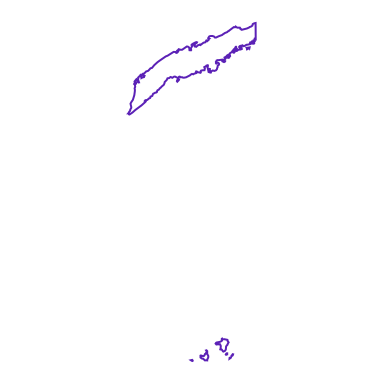 Roatan, Islas de la Bahía, Honduras
{"feature_id": "27666195B61672641857391", "entity_name": "Roatan", "entity_type": "district", "adm_level": 2, "iso_a3": "HND", "parent_name": "Honduras", "parent_adm1": "Islas de la Bahía", "projection": "mercator", "projection_center": [-86.506, 16.164], "detail": "fine", "context": "isolated", "style": "outline", "palette": "violet", "viewbox_px": 384, "rotation_deg": 0, "n_neighbors": 0, "source": "geoboundaries", "source_scale": "gbopen_adm2", "svg_char_len": 5740}
<svg xmlns="http://www.w3.org/2000/svg" viewBox="0 0 384 384"><path d="M255.6,23.0L254.3,23.3L253.0,23.9L252.7,24.2L252.4,25.6L250.8,26.7L249.7,27.0L249.1,27.5L246.9,28.5L241.7,29.8L241.3,29.6L241.1,29.1L240.3,28.8L240.2,28.1L239.9,27.7L237.5,27.7L236.6,27.3L235.6,26.5L234.9,27.3L233.8,27.1L229.0,30.7L228.8,31.0L228.0,31.3L227.2,32.1L224.7,33.1L224.0,33.7L223.6,33.8L222.1,35.0L218.6,36.3L216.1,37.5L214.9,37.5L214.0,36.5L212.5,36.0L210.8,36.0L209.5,36.3L209.2,36.5L208.2,38.1L208.2,38.3L209.2,38.7L208.6,39.1L208.7,39.8L208.4,40.1L207.2,41.1L206.7,40.4L206.4,40.4L205.3,42.3L203.5,42.7L200.5,45.0L200.0,44.5L199.1,45.0L198.2,45.1L196.2,46.8L195.6,46.5L195.0,46.6L194.6,46.1L194.8,45.5L194.5,44.3L195.4,43.8L196.7,42.8L197.0,42.3L196.6,42.1L195.7,42.3L193.3,43.5L191.7,44.6L191.6,44.8L192.7,45.2L191.0,48.1L190.9,48.8L191.2,50.0L191.0,50.3L189.5,50.2L189.3,48.3L189.0,47.4L187.8,46.6L186.8,46.5L182.2,49.7L180.8,49.8L178.7,49.2L178.1,50.0L177.3,50.6L177.6,50.9L178.5,50.8L177.8,52.0L177.1,52.7L176.6,52.9L176.1,52.8L175.9,52.5L175.7,52.0L173.6,51.9L167.6,55.7L165.8,56.4L159.7,60.6L157.5,62.2L154.2,65.2L152.0,67.9L150.5,68.3L148.4,70.6L147.8,71.0L146.2,71.4L144.2,73.5L143.0,73.7L142.7,74.0L142.6,74.4L143.3,75.2L143.7,75.6L144.5,75.8L144.0,77.1L142.4,77.5L141.5,78.0L141.5,76.0L140.8,74.7L140.6,74.8L140.4,75.1L140.8,75.9L140.7,76.3L140.3,76.5L139.4,76.3L138.1,77.6L138.3,78.7L138.0,79.1L138.0,79.5L139.0,82.4L138.5,82.5L137.6,81.9L137.5,81.3L137.0,80.5L136.9,79.8L136.4,79.2L134.6,81.4L134.5,81.7L134.6,81.9L135.9,82.5L136.1,83.5L135.9,83.8L135.5,84.1L134.7,83.7L134.3,83.7L134.1,84.0L134.9,84.9L135.2,86.8L134.6,88.3L134.9,89.8L134.8,91.6L134.3,95.2L132.9,99.8L131.4,102.0L130.5,103.7L131.3,107.2L131.2,108.0L130.3,109.5L130.1,110.8L129.3,111.6L128.8,112.7L128.3,113.3L128.5,113.3L128.9,114.3L129.5,114.5L132.5,112.5L135.3,110.0L141.7,105.2L144.4,102.8L145.5,101.8L145.9,101.2L145.9,100.9L145.0,100.7L145.4,100.2L147.1,100.0L147.8,99.5L149.0,98.4L150.1,98.0L150.4,97.3L150.5,96.6L152.3,95.9L152.9,94.2L153.2,93.7L154.2,93.3L155.1,92.7L156.0,92.6L156.8,92.2L157.0,91.8L156.9,91.5L157.5,90.3L159.0,89.5L159.7,88.4L160.9,87.5L161.6,86.6L163.7,84.9L164.4,83.5L164.7,82.0L166.7,80.0L167.5,78.3L169.1,78.1L170.5,77.0L171.5,77.3L172.0,77.7L172.3,77.8L174.0,76.7L174.5,76.6L175.1,76.6L177.6,77.9L178.2,77.8L179.0,76.8L179.7,76.6L180.0,76.7L180.5,77.3L182.1,77.2L183.1,77.7L184.0,77.7L186.1,77.3L187.7,76.5L189.9,75.4L190.6,74.7L192.0,73.9L193.3,74.3L194.1,73.7L196.2,73.1L196.3,72.6L195.9,72.0L196.2,71.4L197.0,71.6L197.7,72.3L199.1,72.3L199.9,72.7L200.5,72.8L200.8,72.4L200.8,70.9L201.1,70.6L202.5,70.3L204.5,70.2L204.9,68.6L204.3,67.3L204.3,67.0L205.8,66.4L206.4,65.6L207.7,65.2L207.9,65.3L207.9,66.2L207.3,66.8L207.6,67.7L208.2,68.7L209.9,69.0L209.9,70.3L210.6,71.3L211.2,71.4L212.7,70.5L214.4,70.9L216.0,70.3L216.9,69.2L217.1,68.2L217.6,67.1L217.6,66.1L217.8,65.5L218.9,64.8L219.1,64.2L219.0,63.6L218.4,62.9L216.8,62.4L216.6,62.5L216.5,63.5L216.3,63.6L216.1,63.5L215.9,63.0L216.0,62.4L215.9,61.8L216.4,61.2L216.6,60.5L217.6,60.1L219.1,60.1L222.5,59.6L224.4,60.1L225.5,58.6L224.6,58.0L224.5,57.5L226.2,56.6L226.9,55.6L228.5,54.6L229.5,54.2L230.2,53.0L231.7,52.2L232.5,50.9L233.3,50.1L233.6,49.5L235.0,48.3L235.4,47.3L235.8,46.8L236.0,46.8L236.2,48.2L236.6,48.5L235.9,49.3L235.7,50.1L236.0,50.9L236.5,51.0L237.1,50.8L238.3,49.7L240.6,49.5L241.8,49.0L241.5,47.1L241.3,46.4L240.7,46.9L239.9,48.2L239.7,47.6L239.1,47.0L239.8,46.5L239.8,46.1L241.0,45.7L242.0,46.0L242.2,45.7L242.2,45.4L242.4,45.3L243.8,46.2L245.2,45.6L246.4,44.8L247.5,44.7L250.6,44.0L250.9,43.6L251.0,43.2L250.1,42.7L250.2,42.4L251.4,42.2L252.1,41.3L252.7,41.5L253.4,41.1L253.5,40.5L254.8,40.8L254.8,40.5L254.4,40.1L254.7,38.5L255.1,38.4L255.4,39.2L255.7,39.3L255.6,23.0ZM216.6,342.5L216.1,342.8L215.6,343.6L216.4,344.5L217.7,344.3L218.1,344.4L218.5,344.1L219.3,344.3L219.8,344.1L220.0,344.2L220.8,346.0L220.6,348.3L220.3,349.4L220.6,349.5L221.5,349.4L222.0,349.9L223.0,351.4L223.4,351.6L224.9,350.9L225.8,349.6L226.1,346.5L226.7,345.5L227.4,344.9L227.5,344.3L227.9,343.8L228.0,343.2L228.6,342.5L228.3,341.8L227.6,341.0L227.6,340.1L227.3,339.8L224.3,339.2L222.9,339.3L222.3,339.0L222.1,338.6L221.8,338.8L221.7,339.1L222.1,339.9L222.0,340.6L220.8,341.5L219.8,341.9L216.6,342.5ZM202.8,356.1L201.2,355.5L200.6,355.5L200.4,355.9L200.9,356.7L200.5,357.1L200.5,357.5L201.8,358.5L203.1,358.6L203.4,359.1L203.7,359.2L204.9,360.4L206.2,360.3L207.2,360.4L207.2,359.7L208.2,357.6L208.3,356.7L208.2,355.7L207.2,354.0L207.2,351.1L206.5,350.3L206.2,350.4L206.6,350.9L206.5,352.3L205.9,353.1L205.7,353.8L204.9,354.1L204.5,355.3L204.0,355.9L202.8,356.1ZM210.4,72.6L210.9,72.5L210.9,72.2L210.1,71.8L209.6,71.2L209.2,69.8L209.2,69.3L208.9,69.2L208.0,69.3L208.6,72.0L210.4,72.6ZM228.3,57.9L229.2,57.6L229.4,56.8L230.1,56.1L230.0,55.5L229.0,55.4L227.9,56.8L227.1,57.3L227.3,57.6L228.3,57.9ZM253.8,43.7L254.2,43.3L254.0,42.6L254.2,42.2L253.9,41.6L253.1,41.9L252.0,42.8L251.8,43.3L252.2,43.6L253.8,43.7ZM177.3,81.7L178.8,80.2L179.1,79.4L178.6,78.9L178.1,79.0L177.1,80.3L176.9,81.2L177.3,81.7ZM224.0,62.1L225.1,61.5L225.2,61.2L223.8,60.5L222.2,60.9L222.3,61.3L224.0,62.1ZM232.7,52.6L234.0,52.7L234.6,52.1L234.7,51.3L234.0,50.8L233.6,50.8L233.1,51.8L233.1,52.5L232.7,52.6ZM247.0,49.3L247.8,49.0L248.2,48.6L248.1,47.7L246.6,47.8L246.9,48.4L247.0,49.3ZM226.1,354.8L227.2,354.4L227.2,353.3L226.7,353.3L226.3,353.6L225.8,354.5L226.1,354.8ZM192.4,361.0L192.7,360.8L192.7,360.5L192.2,359.9L190.9,360.2L191.8,360.8L192.4,361.0ZM231.6,356.1L232.5,355.6L232.9,355.0L233.1,354.3L232.7,354.2L232.3,354.9L231.5,355.7L231.6,356.1ZM229.5,358.7L230.8,357.8L231.0,357.3L229.6,357.8L229.5,358.7ZM249.4,48.3L249.6,47.4L248.5,47.6L248.7,48.0L249.2,48.0L249.4,48.3Z" fill="none" stroke="#5b21b6" stroke-width="2"/></svg>